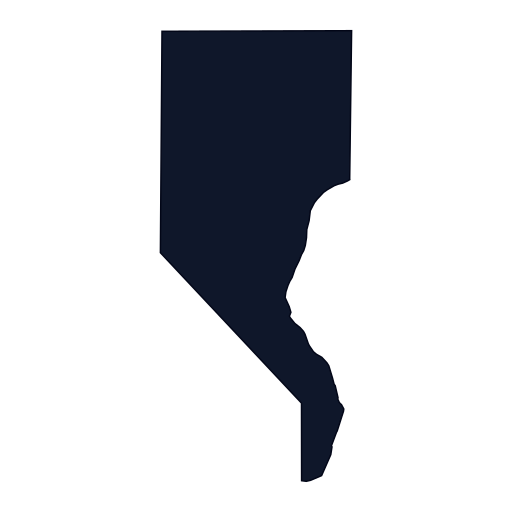 Pope, Illinois, United States of America (Equal Earth projection)
{"feature_id": "52423323B18318223165112", "entity_name": "Pope", "entity_type": "district", "adm_level": 2, "iso_a3": "USA", "parent_name": "United States of America", "parent_adm1": "Illinois", "projection": "equal_earth", "projection_center": [-88.477, 37.334], "detail": "fine", "context": "isolated", "style": "filled", "palette": "ink", "viewbox_px": 512, "rotation_deg": 0, "n_neighbors": 0, "source": "geoboundaries", "source_scale": "gbopen_adm2", "svg_char_len": 897}
<svg xmlns="http://www.w3.org/2000/svg" viewBox="0 0 512 512"><path d="M162.0,31.3L160.4,252.7L301.5,403.1L301.6,480.7L306.3,481.3L310.6,480.3L321.6,475.6L330.8,454.6L332.0,446.8L331.5,446.2L331.5,445.6L336.5,432.2L337.2,431.0L343.5,411.2L343.8,409.0L341.4,404.5L340.3,403.7L339.2,402.3L337.8,399.2L338.0,397.6L335.2,385.7L334.1,384.2L332.5,378.0L328.8,365.8L326.9,362.8L321.8,357.3L316.5,354.3L313.4,351.7L309.3,345.7L308.3,343.7L305.0,334.2L303.5,331.4L300.2,327.7L294.8,323.4L290.2,317.7L289.4,316.2L290.9,312.3L289.2,306.6L285.1,297.6L285.9,291.8L288.0,285.4L289.8,281.3L292.1,277.5L295.0,269.0L299.1,260.7L301.5,254.5L303.7,250.6L305.3,245.5L306.5,237.7L306.8,229.5L309.1,220.7L310.3,210.7L314.4,202.7L317.2,199.1L323.5,192.4L327.3,189.7L334.2,185.7L338.1,184.2L342.7,183.1L347.4,181.0L349.8,179.6L349.7,178.6L351.6,30.7L162.0,31.3Z" fill="#0f172a" stroke="#020617" stroke-width="1.5"/></svg>